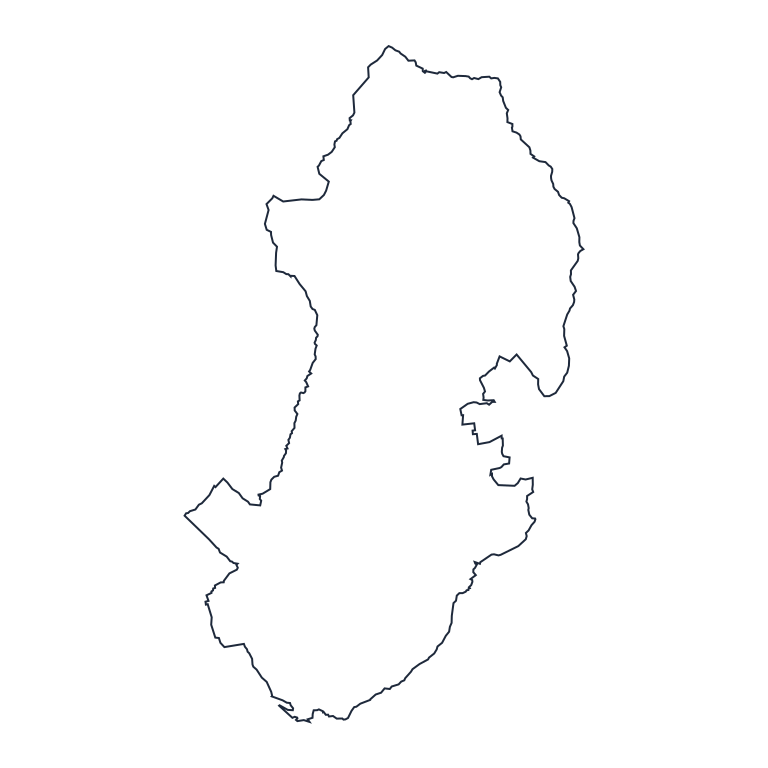 Golesti, Vâlcea, Romania (Mercator projection)
{"feature_id": "2599482B46640731791871", "entity_name": "Golesti", "entity_type": "district", "adm_level": 2, "iso_a3": "ROU", "parent_name": "Romania", "parent_adm1": "Vâlcea", "projection": "mercator", "projection_center": [24.467, 45.11], "detail": "fine", "context": "isolated", "style": "outline", "palette": "slate", "viewbox_px": 768, "rotation_deg": 0, "n_neighbors": 0, "source": "geoboundaries", "source_scale": "gbopen_adm2", "svg_char_len": 6079}
<svg xmlns="http://www.w3.org/2000/svg" viewBox="0 0 768 768"><path d="M436.7,649.4L437.5,646.5L442.1,642.8L445.8,635.8L449.1,631.7L449.9,626.8L451.6,622.9L451.8,615.8L453.5,603.1L456.0,600.7L456.8,595.6L459.4,593.1L462.7,593.1L465.7,591.7L466.6,590.3L468.4,590.0L468.7,588.2L469.7,588.1L469.1,587.1L471.2,585.1L472.4,581.8L472.2,580.0L470.5,579.1L475.8,575.1L473.3,572.2L473.4,569.4L475.0,567.9L476.8,564.6L475.3,563.6L474.7,562.0L479.9,563.8L480.3,562.2L491.5,554.6L494.0,554.3L498.5,555.4L500.7,554.8L518.3,546.1L525.8,539.2L526.7,536.1L525.9,533.0L528.6,530.4L531.5,525.2L534.6,521.7L535.4,519.2L535.1,518.5L532.2,518.3L529.3,514.7L528.3,509.9L528.7,508.1L528.0,504.3L526.4,501.6L527.1,499.0L527.1,496.0L533.2,492.0L532.2,489.3L532.8,484.8L532.7,477.8L525.6,479.5L520.6,478.5L517.8,483.1L514.6,485.8L498.3,485.1L493.6,479.4L492.0,476.3L492.0,473.9L490.4,474.8L491.2,469.8L499.7,468.0L501.4,467.1L503.8,464.4L509.1,463.5L509.6,457.4L503.5,456.2L502.2,453.8L501.8,451.9L502.1,447.7L502.9,445.6L502.7,438.5L501.7,438.4L501.6,435.7L489.5,442.1L478.1,444.2L476.8,433.9L472.9,434.2L472.6,430.6L475.1,430.3L474.2,423.3L462.4,424.6L463.1,415.2L461.6,415.3L460.3,409.0L467.7,403.8L473.6,402.2L476.6,402.5L479.7,404.1L486.8,403.2L489.1,404.7L492.2,401.9L494.7,401.9L493.7,400.2L487.5,400.5L483.3,399.9L483.6,397.5L483.1,393.9L485.0,391.5L483.9,387.8L480.0,380.2L479.9,378.3L483.0,375.9L485.1,375.5L489.0,371.5L494.1,367.6L494.9,368.5L496.9,365.0L496.8,363.8L499.6,356.4L509.8,361.4L516.6,354.5L531.2,372.1L532.9,375.5L538.2,379.0L538.1,384.4L539.0,389.1L544.3,396.2L549.4,396.1L555.7,392.9L563.3,381.2L564.2,376.6L567.2,372.7L568.9,365.8L569.2,358.4L567.1,351.1L564.5,347.3L566.8,345.7L564.1,335.9L564.3,329.1L563.4,326.2L567.2,314.5L569.5,310.6L570.0,308.5L572.9,305.2L574.1,302.0L574.3,299.5L573.1,294.8L576.0,291.0L574.6,286.8L570.7,281.0L570.2,276.9L571.0,274.2L570.9,270.4L577.7,260.9L578.3,258.3L578.0,254.3L578.6,253.0L580.3,251.0L583.4,249.2L579.9,245.5L579.3,242.1L579.4,237.2L576.8,228.3L573.4,223.1L573.5,220.8L574.5,218.2L571.6,207.1L569.9,203.9L568.3,202.7L569.1,201.2L564.3,198.3L561.7,197.7L559.1,195.0L558.0,191.8L554.6,189.0L553.4,186.7L553.2,184.0L551.5,180.4L551.1,178.2L551.0,175.9L552.2,171.8L552.3,169.0L550.7,166.6L548.8,165.5L545.5,162.1L539.3,161.2L533.0,157.6L534.2,156.4L530.5,153.9L530.4,150.6L529.4,147.3L520.8,139.4L520.5,136.3L519.4,134.5L516.5,132.6L512.5,131.3L511.9,127.5L512.4,126.8L512.4,124.0L507.4,122.1L507.5,118.3L506.8,113.3L508.2,110.0L505.9,107.8L503.2,101.0L502.7,97.3L501.1,95.6L499.6,92.2L501.2,87.3L500.3,85.2L500.2,81.9L497.9,78.4L494.3,77.9L491.2,78.4L489.3,76.7L481.6,77.2L478.4,79.1L474.1,78.0L472.0,79.2L470.2,78.3L468.7,76.6L465.6,76.1L457.9,75.8L453.2,77.3L451.5,77.0L446.2,72.0L444.1,73.0L439.2,72.2L437.4,73.6L426.4,71.3L426.0,70.5L425.1,70.8L425.3,72.5L424.9,72.8L422.8,71.2L422.7,68.6L416.3,65.6L415.7,62.3L414.5,60.4L408.4,60.7L405.3,56.7L400.6,53.5L399.2,51.7L395.4,50.3L392.1,47.6L388.6,46.1L385.1,49.0L382.2,55.0L377.1,60.5L370.7,64.6L368.1,67.3L368.7,77.4L353.2,95.2L354.4,112.6L353.0,115.4L349.6,118.1L349.8,120.3L350.9,120.3L350.4,121.2L350.7,124.0L349.1,125.2L347.4,129.2L342.4,133.3L339.4,137.9L337.1,139.2L336.6,140.7L335.0,141.4L334.4,144.5L334.8,147.2L331.7,151.9L328.0,154.7L323.4,156.3L323.8,160.0L321.3,161.1L318.9,165.6L317.6,166.8L319.3,173.8L328.8,181.6L326.1,190.7L323.9,195.0L319.3,199.3L312.5,199.9L301.5,199.4L283.2,201.5L273.5,195.8L272.3,198.3L266.5,204.1L268.6,210.0L264.9,223.9L266.7,229.8L271.0,231.9L271.1,235.0L273.0,242.6L277.0,246.7L276.1,252.8L275.6,265.4L276.3,271.0L283.3,272.2L286.3,274.1L288.4,274.2L290.5,276.3L290.5,275.8L294.5,276.0L299.6,284.0L305.6,291.3L306.9,296.1L309.8,300.9L310.7,306.5L312.5,309.0L314.8,309.9L317.3,315.2L316.4,325.2L314.8,327.0L314.3,328.7L314.8,330.6L317.8,334.8L317.5,336.3L316.1,337.7L315.8,340.1L314.6,342.6L314.9,343.8L316.7,345.5L315.5,348.7L314.7,354.4L315.6,356.4L315.7,359.1L312.7,362.9L310.2,369.9L309.1,371.5L311.2,373.5L307.4,376.0L306.7,378.4L304.8,380.5L306.2,382.1L308.1,386.4L305.4,387.4L305.4,391.2L304.6,392.4L303.4,393.1L301.0,392.5L299.9,393.4L299.4,395.5L299.6,400.4L297.9,401.4L298.2,404.1L294.6,407.5L294.7,410.5L297.4,414.0L296.2,416.8L295.7,420.6L294.4,423.1L294.5,427.9L291.7,431.2L292.0,433.2L290.5,434.3L289.9,437.7L288.4,439.9L289.1,443.1L286.3,445.8L287.5,448.5L285.3,449.1L286.1,450.5L285.9,453.3L284.0,455.9L283.8,457.2L281.8,460.6L282.2,462.6L281.1,467.6L282.0,470.6L279.3,472.2L278.1,475.7L274.2,476.8L271.4,479.6L270.4,482.2L270.2,489.1L262.6,493.7L258.5,494.6L258.6,495.5L260.1,496.1L259.8,499.0L261.2,500.7L260.2,505.4L249.9,504.4L248.0,501.7L242.6,498.3L238.8,493.0L232.4,489.1L227.4,482.5L223.3,478.6L215.5,487.1L214.2,485.9L209.4,495.1L201.8,503.3L198.9,504.7L195.4,509.5L189.9,511.2L188.1,513.0L186.1,513.3L184.6,515.7L208.9,539.2L216.5,547.5L218.6,548.8L220.0,552.5L226.7,556.6L230.2,561.2L232.0,561.6L233.5,563.0L237.5,563.7L236.4,564.8L237.8,567.8L236.8,569.7L229.4,573.4L223.9,580.8L223.7,582.3L220.7,582.4L214.9,585.5L215.1,587.9L213.2,588.5L213.0,590.4L211.4,591.5L211.5,592.9L206.5,595.3L208.5,600.9L205.5,601.7L205.9,604.6L207.7,604.2L211.7,617.3L211.2,624.7L215.3,637.6L218.9,638.0L220.4,642.8L224.4,647.1L243.9,643.9L244.9,646.7L247.0,649.3L247.6,651.7L249.2,653.2L252.1,658.8L252.5,664.5L253.3,666.7L256.6,669.6L261.8,677.6L266.7,681.9L271.2,691.8L272.2,696.0L271.8,696.4L282.6,700.3L286.8,702.7L290.0,703.0L290.7,705.3L293.1,708.3L292.8,710.2L287.8,709.9L279.6,705.3L279.1,705.7L292.4,717.8L294.7,716.8L297.2,717.6L297.4,718.4L296.0,719.9L297.4,721.1L303.8,720.1L309.5,721.9L307.7,719.3L312.5,717.8L312.7,714.0L313.7,710.3L317.1,710.2L318.9,709.4L322.8,711.2L323.0,712.3L323.7,712.0L325.8,714.8L328.1,714.7L329.0,716.5L333.0,716.0L336.7,718.6L342.3,718.5L343.5,719.6L345.4,719.4L348.0,718.0L351.5,710.9L354.2,707.1L356.4,706.7L360.3,703.7L370.2,699.9L370.3,699.3L375.7,694.5L381.1,692.7L384.6,688.4L389.8,689.0L391.7,686.5L398.6,684.4L401.2,681.6L404.3,680.3L405.2,678.2L411.0,671.7L412.5,669.2L419.6,664.0L428.1,659.4L429.0,657.6L434.2,653.5L436.7,649.4Z" fill="none" stroke="#1e293b" stroke-width="2"/></svg>